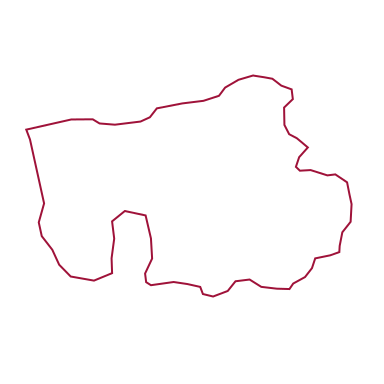 Kungsbacka, Halland, Sweden, rotated 353°
{"feature_id": "70781695B93011743740918", "entity_name": "Kungsbacka", "entity_type": "district", "adm_level": 2, "iso_a3": "SWE", "parent_name": "Sweden", "parent_adm1": "Halland", "projection": "natural_earth1", "projection_center": [12.215, 57.462], "detail": "fine", "context": "isolated", "style": "outline", "palette": "rose", "viewbox_px": 384, "rotation_deg": 353, "n_neighbors": 0, "source": "geoboundaries", "source_scale": "gbopen_adm2", "svg_char_len": 1048}
<svg xmlns="http://www.w3.org/2000/svg" viewBox="0 0 384 384"><g transform="rotate(353 192 192)"><path d="M330.9,269.6L332.0,263.5L336.3,250.3L345.8,240.9L348.9,223.5L348.0,213.6L347.1,201.3L336.4,192.0L328.4,192.0L312.4,184.7L301.7,184.0L298.2,179.7L302.6,170.5L312.4,161.9L302.6,151.4L295.5,146.5L291.9,136.7L293.7,119.4L303.4,112.1L303.4,102.3L293.6,97.3L285.6,89.4L277.6,86.9L267.7,84.1L266.9,83.8L251.8,86.3L237.6,92.4L230.5,99.8L214.5,102.9L193.1,102.9L167.3,104.7L159.3,112.7L149.5,115.8L123.7,115.8L108.6,112.7L102.4,107.8L100.2,107.5L81.0,105.3L35.1,109.9L37.6,120.1L43.8,185.3L36.2,203.5L37.5,217.5L46.3,232.3L51.3,248.0L61.3,261.1L83.9,268.0L102.8,262.8L104.1,248.0L109.1,228.8L109.1,211.4L123.0,202.7L143.1,209.6L145.6,233.1L144.3,253.2L135.5,267.2L135.5,275.9L139.9,279.5L162.8,279.1L176.2,282.8L188.6,287.2L190.4,294.6L200.2,298.3L215.4,294.6L224.3,285.9L238.5,285.9L249.2,294.6L264.4,298.3L276.9,300.2L281.3,295.2L293.8,290.2L301.8,282.2L306.2,272.9L321.4,271.7L330.9,269.6Z" fill="none" stroke="#9f1239" stroke-width="2"/></g></svg>